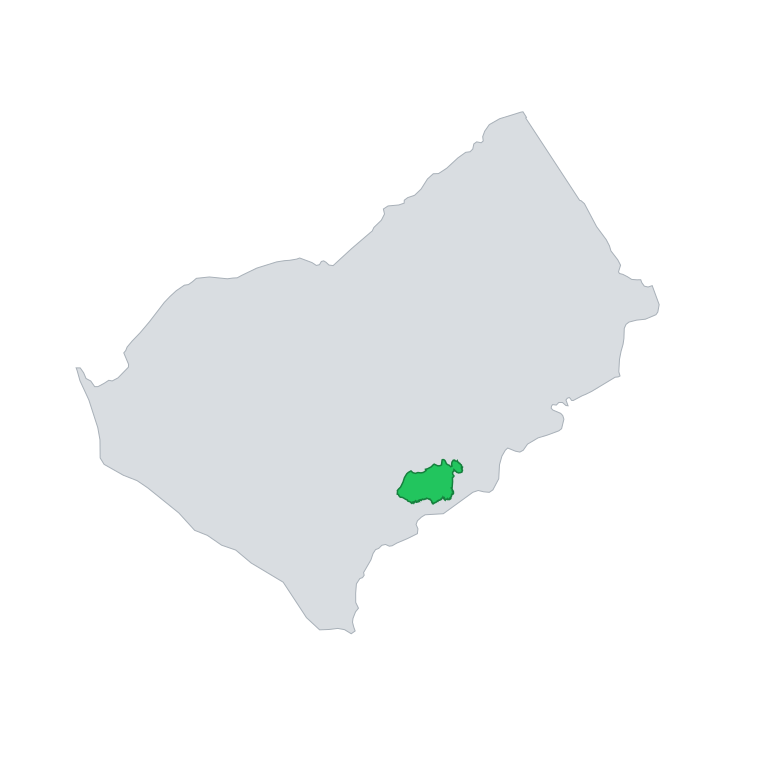 location of Krachi East Municipal, Volta, Ghana, rotated 57°
{"feature_id": "2480657B4921606442052", "entity_name": "Krachi East Municipal", "entity_type": "district", "adm_level": 2, "iso_a3": "GHA", "parent_name": "Ghana", "parent_adm1": "Volta", "projection": "orthographic", "projection_center": [0.372, 7.806], "detail": "fine", "context": "in_parent", "style": "filled", "palette": "green", "viewbox_px": 768, "rotation_deg": 57, "n_neighbors": 0, "source": "geoboundaries", "source_scale": "gbopen_adm2", "svg_char_len": 7888}
<svg xmlns="http://www.w3.org/2000/svg" viewBox="0 0 768 768"><g transform="rotate(57 384 384)"><path d="M467.3,110.0L472.8,115.2L474.0,118.2L472.0,129.5L468.0,137.4L465.5,144.8L465.8,148.5L468.2,152.2L476.5,158.0L480.8,161.8L485.8,167.5L491.6,173.1L501.6,180.4L505.8,181.7L505.6,183.7L504.2,186.5L503.3,213.6L502.5,220.6L501.8,224.1L500.9,234.3L499.8,235.7L497.9,235.6L496.2,236.0L495.8,238.0L496.5,240.1L502.5,241.5L501.2,243.1L496.7,244.4L494.7,247.5L495.5,251.0L493.1,253.8L493.8,255.6L495.4,257.0L497.9,256.5L504.9,251.8L507.9,251.3L511.5,252.3L518.2,259.4L518.5,262.9L515.8,274.9L513.1,284.1L512.6,296.4L515.4,303.3L515.1,307.1L512.0,310.3L505.1,315.1L505.6,318.3L508.7,324.4L514.6,331.1L526.0,339.4L532.1,350.3L532.2,354.7L528.7,359.1L524.6,363.0L523.2,368.5L525.1,404.9L516.1,420.7L516.0,425.2L516.9,430.4L519.3,433.6L523.9,434.4L527.7,437.5L526.4,448.6L524.4,459.9L524.1,465.3L522.9,467.9L519.4,470.1L518.1,473.6L519.0,478.0L518.3,481.3L520.2,485.5L524.4,490.8L531.0,503.8L533.6,504.8L534.7,507.5L534.0,510.2L536.6,516.0L544.0,521.7L551.8,526.7L558.1,527.5L559.6,532.0L563.7,537.7L566.7,540.2L571.5,541.8L575.4,542.7L575.6,547.5L568.5,550.9L563.8,555.9L560.1,563.5L555.1,571.9L537.7,576.3L531.0,576.3L495.3,576.5L461.8,592.9L442.5,598.8L430.7,608.0L414.7,614.6L403.6,622.5L380.4,626.3L342.5,638.7L330.6,643.7L318.6,652.3L299.0,662.5L291.4,662.3L276.1,652.6L264.7,647.8L236.6,640.2L215.7,637.2L205.5,634.0L202.8,633.4L205.1,630.0L211.0,629.8L217.1,630.9L221.8,628.3L228.6,628.1L230.4,625.3L231.0,618.4L231.0,612.8L233.4,610.3L234.0,603.8L230.7,589.2L228.4,587.5L216.2,585.3L215.3,582.4L213.1,579.3L210.8,571.8L208.2,560.6L204.0,546.7L195.9,523.8L194.0,515.7L192.6,507.4L192.4,497.6L194.1,493.9L193.9,488.8L193.2,483.8L199.1,472.2L210.5,458.0L212.9,452.9L215.0,449.3L215.4,444.2L217.5,427.6L223.1,407.6L226.5,400.0L228.8,395.9L231.7,389.2L232.4,386.1L242.9,378.3L247.7,376.2L248.8,373.1L247.1,369.8L247.9,367.5L250.4,366.3L254.2,365.4L257.0,362.2L252.8,337.4L249.5,312.7L249.3,310.6L247.2,307.2L245.2,297.0L241.7,291.0L236.9,289.2L236.9,283.6L241.9,274.1L243.3,268.6L240.9,266.9L240.6,262.6L242.4,255.6L241.6,251.3L240.7,246.7L235.7,235.8L234.5,228.2L237.2,223.7L237.2,213.9L234.6,198.8L234.2,189.3L236.1,185.3L235.3,181.6L231.6,177.9L231.4,174.4L234.6,171.1L234.2,168.4L230.3,166.5L226.8,161.8L223.8,154.4L224.5,142.6L230.6,121.0L231.4,119.2L238.0,119.3L238.1,120.3L258.8,120.2L282.4,120.1L310.7,120.0L336.5,119.9L337.6,118.9L341.9,117.7L367.8,120.0L384.1,119.0L391.0,119.7L396.0,121.2L407.2,120.3L413.2,120.9L417.7,126.3L419.6,126.3L422.1,124.0L426.6,121.4L431.2,119.3L434.4,115.1L436.4,111.9L439.4,112.6L443.7,112.4L446.5,109.7L447.6,105.5L467.3,110.0Z" fill="#d9dde1" stroke="#a8b0b8" stroke-width="1"/><path d="M515.3,389.9L515.2,389.7L515.1,389.1L515.2,388.9L514.8,388.5L514.6,388.4L514.3,388.2L514.2,387.9L513.9,387.9L513.7,387.7L513.8,387.2L513.3,387.0L513.3,386.8L513.7,386.6L513.8,386.4L513.7,386.3L513.9,386.2L513.9,385.9L513.7,385.8L513.6,385.6L513.4,385.1L513.1,385.0L512.9,385.1L512.6,385.1L512.4,384.6L512.2,384.5L511.8,384.3L511.7,384.6L511.6,384.4L511.0,384.7L510.8,385.0L510.6,385.0L510.5,384.9L510.6,384.4L510.3,384.3L510.1,384.3L510.0,384.2L509.0,384.1L508.8,384.2L508.7,383.9L508.2,383.9L508.1,384.1L507.8,384.2L507.8,383.8L507.8,383.6L508.0,383.5L508.0,383.3L503.3,379.7L499.8,377.6L499.7,377.5L499.7,376.9L499.8,376.6L499.7,376.4L499.6,376.1L499.6,375.9L499.2,375.4L498.4,375.4L498.0,375.5L497.3,375.6L496.5,375.2L496.1,375.0L495.5,374.5L495.5,374.4L495.4,374.3L495.2,374.1L495.2,373.9L495.1,373.6L495.1,373.2L495.7,373.0L495.4,373.0L495.3,372.8L495.2,372.9L494.9,372.9L494.7,372.7L494.5,372.4L494.3,372.3L494.2,372.3L494.1,372.2L493.8,371.9L494.1,371.8L494.3,371.7L495.3,371.8L495.4,371.6L495.6,371.5L496.0,371.4L496.4,371.4L496.5,371.2L496.8,371.0L497.5,371.1L498.1,370.8L498.4,370.3L499.1,370.0L499.2,369.8L499.4,369.2L499.8,368.7L500.3,366.7L499.8,366.4L499.8,366.1L499.6,365.8L499.5,365.5L499.3,365.4L499.1,365.4L499.1,365.5L499.0,365.3L498.8,365.4L498.7,365.3L498.8,365.2L498.7,365.1L498.1,365.3L497.4,364.7L497.3,364.8L497.1,364.8L496.8,364.9L496.7,364.9L496.7,364.7L496.9,364.6L496.7,364.4L496.6,364.1L496.8,364.1L497.0,364.1L496.8,363.9L496.5,363.9L496.4,363.4L496.1,363.5L495.9,363.6L495.8,363.8L496.0,364.1L495.9,364.2L495.7,364.1L495.0,363.6L494.7,363.5L494.5,363.3L494.1,363.2L492.8,363.7L491.9,363.6L491.3,364.2L490.4,364.1L489.7,364.6L488.3,364.3L488.4,364.5L488.3,365.0L488.2,365.2L488.1,365.4L487.1,366.3L486.6,366.2L486.5,366.4L486.3,366.7L486.0,366.6L485.9,366.8L486.1,367.0L485.7,367.7L486.1,368.3L486.5,369.5L488.2,371.1L489.9,371.7L489.7,373.1L487.8,373.5L486.9,374.2L485.0,375.1L482.1,374.6L480.7,374.7L479.5,375.6L479.3,376.6L483.2,379.9L483.0,381.7L481.9,383.5L479.5,385.0L478.6,385.5L478.5,386.3L479.2,389.5L478.8,393.7L478.1,395.7L478.5,395.8L479.3,395.6L479.5,395.8L479.6,399.1L478.7,401.4L476.7,403.8L476.1,406.3L474.1,408.1L471.6,408.7L471.4,411.8L471.7,413.8L473.7,417.9L476.6,421.4L479.5,426.3L480.1,429.2L480.7,430.9L481.5,431.2L483.6,432.9L484.5,432.1L485.4,432.3L486.2,432.3L487.6,432.1L488.3,431.5L488.7,430.7L489.8,429.9L492.6,428.6L493.9,427.6L494.5,427.8L495.1,427.8L495.7,427.4L497.1,426.2L498.4,426.0L498.5,426.0L499.0,425.8L498.9,425.7L499.0,425.6L498.8,425.3L498.8,425.2L499.1,425.0L498.8,425.0L498.8,424.9L498.7,424.8L498.9,424.7L498.8,424.2L499.0,424.2L499.2,424.4L499.3,424.4L499.3,424.2L499.2,423.8L499.6,423.6L499.6,423.4L499.7,423.1L499.3,423.0L499.2,423.0L499.4,422.6L499.5,422.5L499.8,422.7L499.7,422.4L499.8,422.1L499.6,422.0L499.5,421.9L499.4,421.6L499.2,421.6L499.1,421.3L499.3,421.3L499.4,421.2L499.4,421.3L500.0,421.4L500.1,421.7L500.4,421.4L500.6,421.4L500.8,421.3L500.8,420.9L501.1,420.7L501.1,420.3L500.9,420.3L500.9,420.1L501.0,420.1L501.1,419.7L501.3,419.6L501.2,419.5L500.9,419.4L500.8,419.2L500.7,419.0L500.9,418.8L501.2,418.7L501.2,418.4L501.4,418.3L501.1,418.2L501.1,417.9L500.6,417.9L500.7,417.7L501.0,417.5L500.9,417.3L500.7,417.3L500.6,417.1L500.8,416.7L501.0,416.8L501.2,416.7L501.3,416.8L501.4,416.6L501.6,416.6L502.0,416.3L502.0,416.1L501.8,415.9L501.4,415.7L501.5,415.6L501.4,415.4L501.7,415.0L501.7,414.8L501.5,414.6L501.5,414.4L501.9,414.3L502.0,414.0L502.3,414.0L502.4,413.6L502.5,413.5L502.7,413.3L502.6,413.0L502.6,412.6L502.9,412.4L502.8,412.2L503.1,411.8L503.1,411.7L502.9,411.3L503.0,411.1L503.3,411.1L503.4,410.8L503.4,410.6L503.5,410.3L503.3,410.2L503.8,409.8L504.1,409.5L504.7,409.2L504.9,409.2L505.0,409.1L504.9,408.7L505.2,408.4L505.4,408.1L505.5,408.1L505.4,408.4L505.4,408.5L505.5,408.6L505.9,408.4L506.1,408.4L506.4,408.3L507.3,407.8L507.6,407.8L508.3,407.9L508.5,408.1L509.1,408.0L509.1,408.3L509.4,408.3L509.6,408.2L509.8,408.0L510.0,408.0L510.3,408.4L510.7,408.5L510.8,408.4L510.9,408.2L511.3,408.1L511.2,407.3L511.3,407.1L511.1,406.8L511.2,406.6L511.1,406.4L511.2,406.1L511.2,405.8L511.5,405.4L511.6,405.1L511.6,404.9L511.4,404.7L511.4,403.9L511.5,403.8L511.5,403.5L511.4,403.2L511.2,403.0L511.3,402.8L511.5,402.8L511.6,402.7L511.3,402.6L511.1,402.0L511.2,401.6L511.4,401.1L511.6,401.0L511.7,400.8L511.6,400.5L511.7,400.0L512.0,399.7L512.0,399.2L511.9,398.6L511.6,398.6L511.8,398.1L511.8,397.9L511.2,397.5L511.2,397.4L511.4,397.1L511.3,396.8L511.2,396.7L511.2,396.4L511.0,396.2L511.3,396.2L511.7,395.7L511.8,395.4L512.0,395.4L512.1,396.0L512.3,396.0L512.8,396.4L513.0,396.4L513.1,396.2L513.1,395.9L513.3,395.9L513.3,396.0L513.7,396.0L514.2,396.2L514.7,396.0L514.1,395.5L514.1,395.3L514.5,395.1L514.5,394.9L514.7,394.7L514.7,394.4L514.8,394.3L514.9,394.0L514.8,393.7L515.0,393.8L515.1,393.7L515.1,393.4L515.3,393.1L515.6,393.1L515.8,393.2L515.9,392.7L515.9,392.4L516.1,392.7L516.3,392.5L516.2,392.3L516.3,392.2L516.5,392.1L516.6,391.8L516.6,391.7L516.5,391.2L516.6,390.7L516.4,390.4L516.3,390.5L516.1,390.5L515.7,390.8L515.4,390.6L515.4,390.4L515.5,390.2L515.8,390.2L515.6,390.1L515.5,389.9L515.3,389.9Z" fill="#22c55e" stroke="#15803d" stroke-width="1.5"/></g></svg>